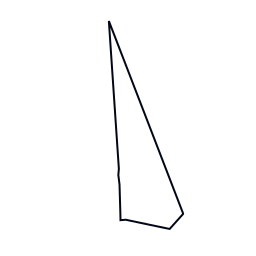 outline of N'beiket Lehouach, Hodh ech Chargui, Mauritania, rotated 345°
{"feature_id": "47542326B78705057775708", "entity_name": "N'beiket Lehouach", "entity_type": "district", "adm_level": 2, "iso_a3": "MRT", "parent_name": "Mauritania", "parent_adm1": "Hodh ech Chargui", "projection": "natural_earth1", "projection_center": [-6.344, 18.2], "detail": "fine", "context": "isolated", "style": "outline", "palette": "ink", "viewbox_px": 256, "rotation_deg": 345, "n_neighbors": 0, "source": "geoboundaries", "source_scale": "gbopen_adm2", "svg_char_len": 319}
<svg xmlns="http://www.w3.org/2000/svg" viewBox="0 0 256 256"><g transform="rotate(345 128 128)"><path d="M158.8,225.4L159.1,224.8L137.2,19.7L108.6,165.1L106.5,170.9L105.4,178.8L105.2,180.3L99.0,206.5L96.9,215.1L102.0,216.0L123.5,226.9L142.1,236.3L158.8,225.4Z" fill="none" stroke="#020617" stroke-width="2"/></g></svg>